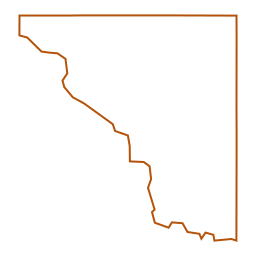 outline of Cleveland, Oklahoma, United States of America
{"feature_id": "52423323B91358685939419", "entity_name": "Cleveland", "entity_type": "district", "adm_level": 2, "iso_a3": "USA", "parent_name": "United States of America", "parent_adm1": "Oklahoma", "projection": "mercator", "projection_center": [-97.393, 35.153], "detail": "fine", "context": "isolated", "style": "outline", "palette": "amber", "viewbox_px": 256, "rotation_deg": 0, "n_neighbors": 0, "source": "geoboundaries", "source_scale": "gbopen_adm2", "svg_char_len": 719}
<svg xmlns="http://www.w3.org/2000/svg" viewBox="0 0 256 256"><path d="M19.5,15.5L19.4,35.4L27.2,37.5L41.5,51.6L49.2,52.6L57.4,53.3L65.5,58.9L67.3,73.3L62.5,80.6L64.3,87.1L72.8,97.3L84.0,103.4L112.8,124.2L115.1,131.0L127.9,135.5L129.7,146.0L129.9,161.4L143.8,162.0L149.6,166.3L151.1,179.1L148.0,187.8L154.6,209.6L152.0,212.0L154.8,222.7L168.6,227.7L171.9,222.4L182.5,223.2L187.5,232.0L199.4,233.8L201.4,238.7L205.5,232.6L213.4,234.8L214.4,240.6L231.4,239.0L236.4,240.6L236.5,197.3L236.6,153.7L236.6,131.9L236.5,108.4L236.6,37.5L236.5,15.6L171.7,15.4L164.5,15.4L121.1,15.4L113.9,15.4L106.5,15.4L99.2,15.4L88.3,15.4L81.1,15.4L71.6,15.5L62.9,15.5L59.0,15.5L19.5,15.5Z" fill="none" stroke="#b45309" stroke-width="2"/></svg>